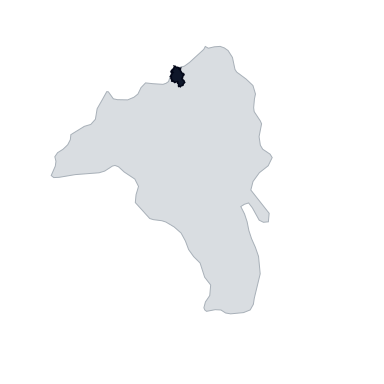 Restauración, Dajabón, Dominican Republic shown in context, rotated 57°
{"feature_id": "3306468B11586418732368", "entity_name": "Restauración", "entity_type": "district", "adm_level": 2, "iso_a3": "DOM", "parent_name": "Dominican Republic", "parent_adm1": "Dajabón", "projection": "equal_earth", "projection_center": [-71.654, 19.301], "detail": "fine", "context": "in_parent", "style": "filled", "palette": "ink", "viewbox_px": 384, "rotation_deg": 57, "n_neighbors": 0, "source": "geoboundaries", "source_scale": "gbopen_adm2", "svg_char_len": 4669}
<svg xmlns="http://www.w3.org/2000/svg" viewBox="0 0 384 384"><g transform="rotate(57 192 192)"><path d="M77.9,262.3L78.3,246.5L80.2,240.1L78.4,233.4L70.5,226.2L65.7,216.9L61.4,208.8L62.4,207.6L71.0,207.2L74.0,204.2L79.7,195.8L80.9,189.1L80.4,184.0L76.7,177.9L75.2,171.5L79.8,165.9L85.9,157.7L86.7,154.6L86.6,151.5L79.5,142.9L79.1,139.2L82.3,129.9L82.0,123.7L78.8,104.4L77.2,101.6L80.3,100.0L82.4,94.2L85.2,89.1L88.8,86.4L93.0,84.7L101.2,84.8L112.6,89.2L115.8,89.2L126.8,85.1L135.9,82.9L144.4,85.4L147.9,88.9L154.9,94.4L158.5,96.1L169.6,96.0L172.7,96.5L182.1,105.6L190.0,109.2L194.6,109.4L202.8,105.9L206.8,106.0L211.5,113.8L212.5,125.0L216.4,135.1L222.4,141.6L251.9,138.9L258.6,144.2L256.3,148.6L252.2,151.0L238.1,150.0L232.0,150.5L230.8,154.9L230.8,159.0L239.0,159.9L247.0,162.0L255.3,165.3L263.6,167.5L273.0,169.0L282.3,171.3L297.8,179.4L315.0,197.6L319.6,201.7L322.6,207.4L321.2,214.5L315.2,226.0L311.8,229.7L306.7,232.0L303.3,236.7L300.0,244.8L298.0,245.5L295.6,245.1L291.5,240.6L288.5,233.5L280.2,227.0L270.4,227.8L256.0,223.9L247.2,225.8L238.5,226.2L229.5,224.2L220.5,223.5L211.6,226.0L202.9,230.3L199.7,232.9L194.1,239.5L191.2,241.9L170.0,245.3L163.8,240.4L158.2,233.8L150.0,232.9L138.2,238.0L130.8,239.9L127.8,242.1L126.9,244.6L126.9,253.8L125.3,259.4L113.8,280.5L107.3,295.5L104.6,300.1L101.5,301.1L95.8,292.5L92.2,289.4L87.7,287.8L85.8,283.3L85.9,276.8L84.7,270.5L81.9,265.6L77.9,262.3Z" fill="#d9dde1" stroke="#a8b0b8" stroke-width="1"/><path d="M94.8,138.3L94.6,138.2L94.2,138.1L93.9,138.2L93.6,138.5L93.4,138.6L93.2,138.7L92.9,138.6L92.6,138.4L92.3,138.4L92.2,138.4L91.9,138.5L91.8,138.8L91.7,138.9L91.4,138.9L91.2,138.7L91.1,138.3L90.8,137.9L90.8,137.7L90.7,137.4L90.6,137.2L90.3,136.9L90.0,136.7L89.9,136.7L89.7,136.2L89.5,135.7L89.4,135.1L89.4,134.9L89.1,134.7L88.9,134.6L88.7,134.6L88.5,134.8L88.4,134.9L88.3,135.0L88.2,135.1L87.8,134.9L87.7,134.9L87.6,135.0L87.5,135.4L87.5,135.5L87.4,135.6L87.2,135.7L86.2,135.6L84.3,135.6L84.0,135.6L83.9,135.6L83.5,135.4L83.4,135.4L82.9,135.4L82.8,135.1L82.8,134.9L82.7,134.8L82.5,134.6L82.3,134.5L82.0,134.2L82.0,134.3L81.9,134.5L81.7,134.8L81.7,135.1L81.5,135.3L81.5,135.5L81.4,135.4L81.2,135.3L81.1,135.2L80.8,135.5L80.7,135.5L80.3,135.7L80.4,135.8L80.2,136.0L79.7,136.2L79.5,136.3L79.5,136.6L79.4,137.0L79.4,137.3L78.8,137.3L78.5,137.4L77.9,137.4L77.9,137.5L77.7,137.5L77.4,137.7L77.3,137.9L77.1,138.0L76.9,138.2L77.0,138.2L77.1,138.3L77.4,138.3L77.6,138.6L77.6,139.0L77.8,139.0L78.0,139.2L78.1,139.3L78.1,139.5L78.3,139.6L78.3,139.8L78.3,140.0L78.5,140.2L78.5,140.4L78.6,140.5L78.5,140.8L78.6,140.6L78.7,140.8L78.9,140.8L78.8,141.0L79.0,141.0L79.1,141.3L78.9,141.3L78.9,141.5L78.8,141.8L78.7,141.8L78.7,142.0L79.1,142.0L79.3,142.2L79.3,142.8L79.1,142.8L79.1,143.1L79.3,143.1L79.5,143.1L79.7,143.3L79.7,143.5L79.6,143.4L79.6,143.6L79.9,143.4L80.0,143.3L80.3,143.1L80.3,143.5L80.3,143.9L80.3,144.1L80.5,144.2L80.6,144.4L80.6,144.5L80.8,144.7L80.8,144.8L80.8,144.5L80.8,144.4L80.8,144.2L80.9,143.9L81.0,143.8L80.9,143.8L81.0,143.7L81.1,143.4L81.3,143.2L81.3,143.4L81.5,143.7L81.5,143.9L81.3,144.1L81.5,144.2L81.6,144.3L81.8,144.3L81.8,144.2L82.0,144.3L82.0,144.5L82.2,144.8L82.3,144.8L82.5,144.9L82.6,145.0L82.6,145.3L82.5,145.5L82.6,145.8L82.7,146.0L82.8,146.1L83.0,146.2L83.0,146.4L83.2,146.5L83.3,146.5L83.3,146.8L83.6,146.6L83.7,146.9L83.8,147.0L83.9,146.9L84.0,147.0L84.1,146.9L84.2,147.0L84.3,147.0L84.2,147.1L84.3,147.1L84.6,147.4L84.6,147.5L84.7,147.2L85.1,147.2L85.2,147.3L85.2,147.5L85.3,147.5L85.3,147.4L85.4,147.7L85.5,147.7L85.5,147.8L85.8,147.8L86.1,147.9L86.5,147.8L86.9,147.9L87.0,147.9L87.3,147.8L87.5,148.0L87.4,148.1L87.3,148.3L87.5,148.1L87.5,148.3L87.5,148.2L87.6,148.3L87.7,148.5L87.8,148.6L88.0,148.6L88.1,148.4L88.3,148.3L88.3,148.2L88.5,148.0L88.6,147.7L88.8,147.5L89.0,147.5L89.2,147.4L89.3,147.2L89.5,146.9L89.8,146.8L90.1,146.9L90.2,147.0L90.3,147.0L90.5,147.0L90.5,146.9L90.8,146.7L90.9,146.4L90.9,146.2L91.0,145.6L91.0,145.4L91.1,145.1L91.2,144.9L91.3,144.7L91.3,144.4L91.4,144.1L91.4,143.9L91.5,143.8L91.6,143.7L91.8,143.8L92.0,143.9L92.0,144.2L92.2,144.3L92.4,144.4L92.5,144.5L92.8,144.7L92.9,144.8L93.0,144.8L93.3,144.8L93.4,144.7L93.6,144.4L93.8,144.4L94.0,144.3L94.3,144.5L94.5,144.6L94.8,144.8L95.0,145.0L95.3,145.3L95.6,145.5L95.8,145.6L96.0,145.7L96.3,145.7L96.5,145.2L96.6,144.9L96.8,144.7L97.4,144.4L97.3,144.2L97.2,143.8L97.1,143.6L97.1,143.3L97.1,143.1L97.1,142.9L97.1,142.7L97.1,142.4L97.5,142.0L97.6,141.8L97.6,141.7L97.5,141.3L97.3,141.2L97.2,141.0L97.1,140.9L96.8,140.8L96.7,140.8L96.7,140.7L96.5,140.2L96.5,139.9L96.4,139.6L96.3,139.2L96.2,138.7L96.1,138.4L95.9,138.4L95.3,138.4L95.1,138.4L94.8,138.3Z" fill="#0f172a" stroke="#020617" stroke-width="1.5"/></g></svg>